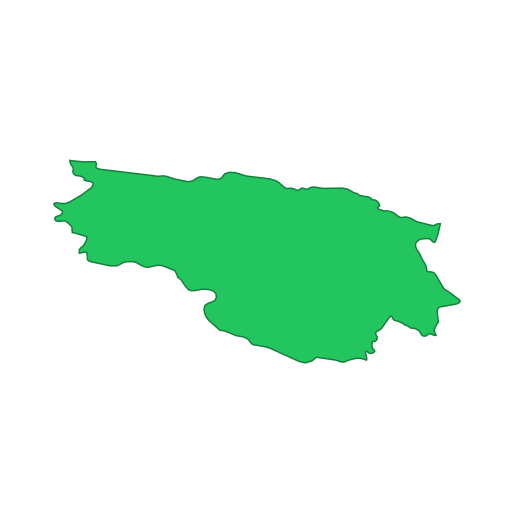 the border of Mizoram, rotated 106°
{"feature_id": "IND-3300", "entity_name": "Mizoram", "entity_type": "State", "adm_level": 1, "iso_a3": "IND", "parent_name": "India", "parent_adm1": "", "projection": "orthographic", "projection_center": [92.8, 23.22], "detail": "fine", "context": "isolated", "style": "filled", "palette": "green", "viewbox_px": 512, "rotation_deg": 106, "n_neighbors": 0, "source": "natural_earth", "source_scale": "10m", "svg_char_len": 4387}
<svg xmlns="http://www.w3.org/2000/svg" viewBox="0 0 512 512"><g transform="rotate(106 256 256)"><path d="M325.6,121.1L325.4,124.2L325.7,127.8L326.5,130.7L327.7,133.4L331.0,138.8L332.2,140.4L333.1,141.2L333.8,142.3L334.3,145.0L334.1,150.9L336.7,170.1L341.5,173.3L342.4,175.0L344.5,178.0L345.2,179.7L345.5,185.2L340.8,217.1L340.7,221.8L341.7,231.4L342.0,233.3L341.9,234.8L341.4,236.2L338.4,240.4L337.5,243.1L337.3,246.0L338.0,253.0L336.8,264.1L336.8,266.7L337.2,268.7L337.1,270.7L330.9,283.6L328.6,286.7L325.6,289.3L321.7,291.3L317.7,291.5L314.5,288.9L312.4,285.7L310.1,283.4L307.1,282.6L303.4,284.0L301.5,287.0L301.2,291.4L302.0,296.0L303.2,299.5L306.2,305.4L307.2,308.8L306.9,311.8L304.7,315.3L299.3,321.8L297.9,325.6L297.4,325.4L292.4,329.9L291.1,343.1L291.5,346.5L292.8,349.7L296.2,355.8L297.1,359.0L296.9,362.6L295.3,369.1L295.4,373.0L297.0,378.4L298.3,381.1L303.8,386.9L305.7,393.7L307.0,413.0L306.9,414.7L306.2,416.7L305.0,417.5L303.5,417.7L300.2,419.3L299.4,419.2L299.3,419.4L299.2,421.5L302.1,426.6L298.7,427.6L296.3,426.6L294.2,425.0L291.5,424.1L287.4,423.4L285.9,423.5L284.1,424.2L283.8,425.2L284.0,426.4L283.8,437.6L284.3,438.9L281.5,440.1L279.7,440.5L278.2,441.7L275.4,447.2L275.1,449.4L275.6,451.6L276.6,453.7L277.0,454.9L277.3,456.0L277.3,457.2L277.2,458.3L276.9,458.7L276.6,459.1L275.5,459.7L274.5,459.8L273.6,459.3L272.8,458.4L270.8,455.4L268.3,454.0L266.0,454.7L264.9,458.4L263.4,463.1L261.6,464.7L260.0,463.1L259.3,458.4L258.0,453.6L255.3,449.9L245.4,440.4L235.7,433.1L232.0,432.1L230.5,433.3L230.0,435.5L230.6,440.1L230.5,441.9L229.8,442.3L229.0,442.1L228.6,441.9L227.7,445.1L227.7,447.6L228.1,449.9L228.1,452.2L226.9,454.4L225.2,455.4L223.3,455.5L221.5,456.1L219.7,458.3L218.8,459.3L217.8,460.2L216.6,460.8L215.4,461.3L215.3,459.8L215.0,458.3L213.0,447.4L209.6,436.3L211.4,434.7L213.7,434.7L215.4,433.9L215.6,429.7L206.9,375.7L206.6,372.9L204.7,367.7L204.1,364.9L204.4,355.3L203.4,342.6L202.7,340.1L201.1,337.6L197.0,333.9L195.2,331.5L194.2,326.4L192.9,313.6L190.7,310.8L185.6,308.7L182.8,304.4L181.6,298.8L181.8,287.3L178.0,263.9L178.2,257.3L178.8,254.9L181.5,249.1L182.6,246.2L182.5,244.5L181.8,242.9L181.0,240.1L181.0,238.5L181.4,235.2L181.3,233.7L180.7,232.9L178.7,231.3L178.0,230.2L177.8,229.1L178.0,226.8L177.8,225.6L176.9,224.1L175.0,222.2L174.2,220.9L173.5,218.4L172.6,210.4L166.9,191.5L166.5,186.0L168.3,179.0L168.0,176.1L169.3,173.3L168.2,164.0L169.2,160.6L169.8,159.2L169.8,158.3L169.4,157.3L169.4,156.4L169.8,155.2L170.4,153.8L171.0,153.0L172.2,151.9L172.6,151.5L173.0,151.2L173.5,151.0L174.1,151.1L174.5,151.3L174.9,151.7L175.2,152.1L175.6,152.5L176.1,152.6L176.7,152.2L177.0,151.7L177.2,150.6L177.4,149.0L177.3,147.4L177.4,146.2L177.4,145.3L177.2,144.6L176.5,143.1L176.4,142.5L176.3,141.5L176.3,137.5L176.5,136.2L176.7,135.2L178.6,130.3L179.1,127.8L179.0,127.0L178.6,126.0L177.7,124.0L177.4,123.6L177.2,122.5L177.0,121.0L177.1,117.5L178.6,111.3L178.7,110.0L178.2,95.9L178.0,94.6L177.6,93.4L177.0,92.6L176.3,91.8L175.9,91.4L175.0,90.3L174.2,87.7L184.8,87.1L191.9,87.5L193.0,87.7L193.6,88.1L193.8,88.6L193.8,89.1L193.6,89.9L193.2,90.7L192.1,92.7L191.7,93.6L191.7,94.7L193.0,99.1L194.2,101.8L195.0,103.0L196.1,104.2L197.5,105.2L199.0,105.8L200.3,105.9L201.5,105.7L202.9,105.2L204.8,103.8L206.2,102.4L208.3,99.7L213.2,95.5L217.9,90.5L219.6,89.3L221.2,88.5L222.3,88.2L223.3,87.7L223.6,86.3L223.4,84.9L223.0,83.3L223.0,80.7L224.3,78.3L231.6,70.6L234.9,67.3L235.8,66.0L236.3,64.9L236.9,62.1L241.7,49.3L242.4,47.9L243.4,47.3L244.5,47.6L246.4,49.4L247.3,50.8L254.1,64.8L255.4,66.4L257.4,66.7L259.3,66.7L269.4,62.4L271.5,63.4L276.3,64.2L278.6,64.2L282.6,61.1L283.2,62.6L282.7,66.4L283.3,68.5L286.2,70.8L286.8,73.1L286.3,75.0L283.8,77.5L282.7,79.4L282.1,81.7L281.9,83.8L282.6,87.4L282.2,88.6L281.3,91.6L281.2,93.5L281.0,94.5L280.3,96.5L279.6,100.6L279.7,104.3L279.6,105.4L279.3,106.2L278.6,107.0L277.8,107.6L277.0,108.4L276.6,109.0L276.8,109.8L277.5,110.4L279.3,111.3L290.6,115.2L292.7,116.5L294.0,117.7L294.8,118.8L295.9,119.6L297.2,119.8L298.6,119.0L300.4,117.2L301.2,116.8L302.3,116.8L303.9,117.1L305.3,118.0L305.7,118.6L305.6,119.4L305.6,119.8L306.0,120.3L306.8,120.4L308.2,120.4L310.7,119.7L312.1,118.9L313.0,118.0L313.7,116.7L314.2,115.9L315.1,115.6L315.9,116.0L317.5,117.6L318.0,118.9L318.2,120.1L318.0,121.2L317.5,122.2L317.2,123.3L317.5,124.1L318.7,124.1L324.3,121.1L325.6,121.1L325.6,121.1Z" fill="#22c55e" stroke="#15803d" stroke-width="1.5"/></g></svg>